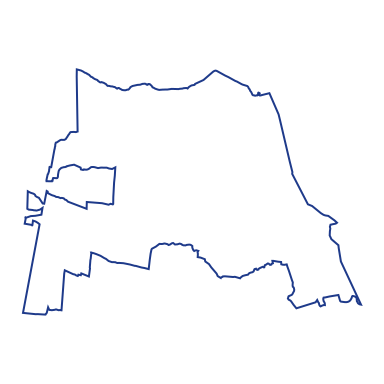 outline of Garoafa, Vrancea, Romania
{"feature_id": "2599482B42581199189743", "entity_name": "Garoafa", "entity_type": "district", "adm_level": 2, "iso_a3": "ROU", "parent_name": "Romania", "parent_adm1": "Vrancea", "projection": "orthographic", "projection_center": [27.251, 45.799], "detail": "fine", "context": "isolated", "style": "outline", "palette": "blue", "viewbox_px": 384, "rotation_deg": 0, "n_neighbors": 0, "source": "geoboundaries", "source_scale": "gbopen_adm2", "svg_char_len": 5815}
<svg xmlns="http://www.w3.org/2000/svg" viewBox="0 0 384 384"><path d="M61.5,310.3L64.2,273.7L64.8,270.3L73.2,274.2L74.8,274.5L76.2,275.4L77.8,276.0L78.0,275.8L78.4,274.7L80.8,275.2L81.3,273.4L88.9,276.5L90.0,268.4L89.8,267.5L90.4,260.0L90.7,258.7L91.1,254.8L91.4,253.7L91.1,252.5L91.5,252.5L92.6,253.0L93.4,253.1L96.3,254.1L100.5,255.8L104.3,258.1L106.0,258.9L108.6,261.0L111.8,262.1L115.2,262.2L116.7,262.8L117.6,263.0L118.9,262.9L123.4,263.2L129.9,264.5L135.0,265.9L135.8,265.9L141.5,267.5L144.4,268.0L148.7,269.1L149.8,259.5L150.6,253.7L151.5,249.4L152.0,248.7L155.9,246.6L159.4,243.9L161.4,244.0L162.9,243.9L164.2,243.5L165.2,243.6L167.6,244.2L168.5,245.0L169.7,244.7L171.9,243.3L173.1,243.0L175.0,244.5L177.4,244.3L179.7,243.6L181.6,244.2L182.1,244.8L183.4,245.3L185.5,245.4L186.7,244.9L189.2,244.6L190.5,244.8L191.4,245.3L192.3,246.0L192.3,247.4L192.6,248.5L193.4,250.2L194.2,251.0L194.9,250.6L196.3,250.3L198.3,250.9L197.8,251.8L197.6,252.5L197.9,253.8L197.7,257.1L200.6,257.6L204.8,259.2L205.3,261.5L209.0,264.1L211.2,267.3L216.6,273.6L217.7,276.1L220.8,278.0L221.0,277.5L221.1,277.4L222.5,276.9L222.7,276.5L223.0,276.4L224.9,276.3L233.1,277.0L234.9,276.8L240.1,278.3L240.5,277.7L242.6,276.0L245.0,275.3L247.8,274.7L248.1,274.6L248.9,273.5L249.6,273.0L251.1,272.5L252.5,272.2L253.6,271.4L254.4,269.3L254.6,269.1L256.0,268.7L256.3,269.4L257.3,269.9L258.3,269.6L258.4,269.0L260.0,268.0L262.7,266.8L263.4,266.9L263.9,267.4L264.3,267.3L264.8,265.3L265.1,265.0L265.7,264.9L267.7,263.5L268.6,263.6L270.1,264.9L271.3,264.6L271.6,263.8L272.9,263.3L272.4,260.9L273.5,260.9L278.1,261.7L281.1,262.0L281.3,264.3L282.7,264.7L284.4,264.8L286.7,264.4L287.5,267.0L288.9,270.8L291.9,280.0L292.8,282.4L292.6,285.2L292.8,286.7L293.7,287.5L294.2,289.4L294.1,290.9L292.3,294.3L291.7,294.9L288.7,296.2L288.5,296.4L287.9,298.6L288.2,298.9L288.7,299.7L290.3,300.5L291.1,301.3L293.7,305.0L296.4,308.3L315.6,302.3L317.2,300.0L318.2,302.2L318.8,302.9L319.4,305.1L320.0,306.0L320.6,306.4L322.1,305.6L323.9,305.0L324.9,305.1L324.8,303.5L324.5,302.5L323.7,301.3L323.3,299.6L323.3,298.4L323.6,297.6L325.4,297.4L329.4,296.5L338.4,295.0L339.9,300.2L340.2,301.0L340.9,301.6L344.7,302.1L346.7,302.1L347.7,301.9L348.6,301.6L349.8,300.8L350.5,300.0L351.5,298.3L352.1,296.4L352.5,296.0L353.6,296.1L355.3,296.7L356.3,297.7L356.6,298.3L356.9,301.3L357.3,301.8L357.9,303.1L358.3,303.5L359.5,304.3L361.0,304.6L340.9,261.5L338.7,248.0L338.4,245.2L331.4,239.2L329.7,235.5L329.9,231.1L330.3,228.6L329.9,226.8L330.5,224.7L335.8,223.6L337.0,222.7L334.5,220.4L328.3,215.9L325.6,215.5L324.2,215.1L323.3,214.7L320.8,213.1L312.1,206.0L307.9,204.3L292.2,173.9L292.4,172.1L289.8,161.8L280.0,120.1L278.6,114.4L269.4,93.2L261.7,95.1L260.9,95.4L259.9,95.5L259.2,95.2L258.9,94.7L259.0,93.9L259.7,93.5L259.7,93.3L258.6,92.6L258.3,92.7L258.2,92.9L258.1,93.7L257.7,95.1L257.3,95.4L256.6,95.3L255.9,95.6L255.0,95.7L254.4,95.4L253.2,95.3L252.4,94.7L251.8,93.3L251.1,91.9L250.1,90.7L249.7,89.4L248.8,88.5L248.4,87.4L248.0,86.7L247.2,86.0L242.6,84.6L241.7,84.2L236.8,81.5L235.4,81.0L228.4,77.1L225.2,75.6L216.9,71.0L215.7,70.6L214.4,70.9L213.1,71.7L203.5,80.0L195.1,83.9L194.7,84.7L194.4,84.9L191.7,85.4L191.0,85.7L189.2,86.8L188.5,87.4L187.6,88.5L186.8,88.1L186.3,88.0L183.6,88.2L182.4,88.6L179.7,88.8L178.7,89.1L171.7,88.9L167.6,89.5L162.8,89.6L159.2,89.9L157.9,89.6L155.2,88.7L153.2,87.5L152.6,87.4L151.6,85.8L149.7,84.1L148.2,84.0L147.6,84.8L147.3,84.8L146.5,84.6L145.8,83.9L144.8,83.7L142.4,83.9L140.2,84.7L137.5,84.9L132.5,86.0L130.5,87.1L129.7,88.3L128.8,89.3L128.1,89.7L127.3,89.6L126.4,90.0L125.1,90.3L123.0,90.1L122.0,89.9L121.5,89.5L120.4,89.0L118.9,88.0L118.1,88.0L117.3,88.6L117.0,88.6L114.7,87.0L113.8,86.9L112.2,86.4L111.0,86.4L109.0,85.9L107.6,85.9L106.6,84.9L106.2,84.3L105.3,83.7L104.6,83.4L103.9,82.9L101.8,82.2L101.3,82.1L100.9,82.4L100.3,82.4L99.6,82.1L99.1,81.6L98.2,81.1L97.8,80.5L97.1,79.9L95.7,79.4L94.5,78.9L93.7,78.3L93.2,78.1L92.6,77.4L90.9,76.7L89.1,74.8L88.1,74.4L87.5,73.8L87.1,73.8L85.7,72.9L84.8,72.7L83.0,71.5L81.0,70.5L76.8,69.4L76.7,76.4L77.6,131.4L77.3,131.4L77.1,131.7L76.3,132.0L75.7,132.1L73.8,131.9L70.7,132.1L70.3,132.3L69.8,133.0L69.0,134.3L68.3,135.1L67.2,137.0L66.8,137.4L66.0,138.8L64.9,139.6L64.1,139.9L61.2,139.8L60.1,140.2L56.8,142.4L55.9,142.6L55.7,142.9L55.3,144.5L55.2,146.4L54.9,147.1L54.7,148.9L54.5,149.1L51.2,167.2L50.7,167.2L49.6,166.9L49.5,167.0L49.4,168.4L49.1,170.1L49.1,170.9L48.1,174.0L47.7,174.3L46.8,178.4L46.4,180.6L46.5,181.2L51.8,181.3L51.9,180.8L52.5,180.8L52.9,178.7L53.2,178.0L56.7,178.2L57.3,178.0L57.9,176.9L58.0,174.9L58.2,173.6L58.7,171.0L59.5,169.5L61.3,167.9L64.0,167.1L65.0,167.1L66.5,166.6L66.6,166.3L70.1,165.4L74.1,164.7L80.6,167.6L80.9,169.4L82.6,169.9L83.5,169.9L83.6,169.5L83.9,169.4L86.0,169.7L87.0,169.6L87.9,169.3L88.8,168.9L91.0,167.2L91.9,167.0L93.3,167.0L94.8,167.2L98.0,168.1L100.9,167.6L106.8,167.7L109.0,168.5L112.1,169.0L115.3,167.4L114.8,175.8L114.1,182.4L113.3,197.2L113.2,203.9L113.1,204.1L112.8,204.4L110.6,203.8L108.6,204.7L102.0,203.2L86.8,202.0L86.6,208.8L68.0,201.7L66.4,200.1L64.8,199.5L63.7,198.3L61.8,197.9L60.5,198.1L58.2,197.1L56.1,196.9L54.6,196.0L52.2,195.3L50.9,194.7L47.8,193.1L47.7,191.6L46.7,191.0L44.2,203.7L42.7,203.5L38.9,197.8L37.0,197.0L35.5,196.0L35.0,194.8L34.5,194.3L33.5,193.7L30.8,192.8L28.8,191.9L27.8,191.3L27.3,208.8L28.7,209.6L32.7,210.0L33.9,210.3L35.1,210.3L35.8,210.5L36.8,210.5L40.0,209.6L42.5,207.9L41.4,214.7L35.3,215.8L30.8,216.1L26.4,217.6L25.5,217.3L25.4,217.5L25.5,218.2L25.7,218.5L24.7,223.7L31.7,224.9L32.0,225.3L32.3,225.3L32.4,225.1L33.0,220.6L35.6,221.5L37.9,222.9L39.6,224.3L23.0,312.9L35.8,314.2L37.5,314.1L45.4,314.6L45.6,314.5L45.7,314.0L46.4,313.4L46.8,312.7L48.1,307.3L49.1,309.5L49.4,309.9L51.9,310.2L54.7,309.8L56.0,309.4L58.6,310.2L60.6,310.0L61.1,310.3L61.5,310.3Z" fill="none" stroke="#1e3a8a" stroke-width="2"/></svg>